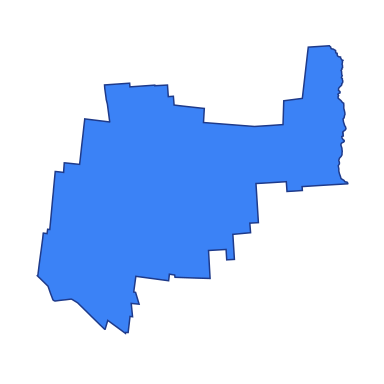 Jiménez, Santiago del Estero, Argentina, rotated 356°
{"feature_id": "61730980B84013532899060", "entity_name": "Jiménez", "entity_type": "district", "adm_level": 2, "iso_a3": "ARG", "parent_name": "Argentina", "parent_adm1": "Santiago del Estero", "projection": "orthographic", "projection_center": [-64.123, -26.917], "detail": "fine", "context": "isolated", "style": "filled", "palette": "blue", "viewbox_px": 384, "rotation_deg": 356, "n_neighbors": 0, "source": "geoboundaries", "source_scale": "gbopen_adm2", "svg_char_len": 3183}
<svg xmlns="http://www.w3.org/2000/svg" viewBox="0 0 384 384"><g transform="rotate(356 192 192)"><path d="M339.2,55.7L318.1,55.6L316.7,62.9L308.6,106.3L289.9,107.4L287.5,131.1L274.1,131.1L258.9,131.0L208.3,123.5L210.1,109.5L207.2,109.0L190.1,105.9L185.3,105.0L180.2,104.0L180.1,95.2L175.0,95.2L175.0,83.6L162.3,83.4L162.3,82.8L137.4,82.8L137.4,79.1L112.2,79.1L112.2,82.6L112.5,87.3L112.8,91.6L112.9,93.9L113.7,98.3L113.9,101.5L114.8,116.3L114.7,116.4L112.8,116.0L90.1,111.6L90.0,112.3L89.6,114.4L88.8,118.6L87.5,125.8L85.1,138.6L82.6,152.5L81.8,156.6L78.3,156.0L71.0,154.7L67.5,154.1L66.6,154.0L65.7,160.4L65.3,163.5L58.9,162.3L57.0,162.0L54.0,180.0L53.7,182.3L53.0,186.1L49.3,208.8L47.5,219.5L45.4,219.1L44.5,223.4L44.2,223.3L40.8,222.6L40.7,222.9L39.8,228.1L37.4,239.8L36.9,242.1L34.6,253.2L33.1,260.9L32.9,261.7L32.9,261.9L32.7,263.1L32.4,264.1L32.4,264.3L32.3,265.1L32.2,265.1L32.4,265.3L32.6,265.6L32.8,265.8L33.0,266.1L33.6,266.7L33.8,266.9L41.5,275.6L41.8,275.9L41.9,276.3L43.9,283.7L45.2,287.9L45.5,289.1L45.8,289.8L45.9,290.1L46.2,290.3L46.6,290.6L47.2,291.0L47.9,291.2L52.8,290.9L55.0,290.8L58.2,290.7L62.0,290.5L62.3,290.5L63.6,290.4L64.3,290.5L64.5,290.6L64.9,290.8L65.2,291.0L70.1,294.5L70.3,294.7L73.3,298.1L75.1,300.1L76.2,301.4L82.4,308.4L82.7,308.8L84.8,311.1L86.0,312.5L86.3,312.8L91.0,318.1L95.6,323.2L95.6,323.3L95.7,323.1L99.0,314.2L115.8,328.4L116.0,327.5L118.5,327.7L121.5,311.8L124.0,312.3L123.6,298.9L131.4,300.2L128.7,288.2L126.9,287.7L128.6,279.4L130.1,272.2L162.5,278.9L163.7,272.4L168.9,273.6L169.1,275.9L188.9,278.0L204.0,279.5L204.4,251.8L204.4,251.5L222.0,251.7L221.9,262.1L229.6,262.2L229.8,237.1L247.6,236.7L247.5,227.1L256.1,227.2L256.4,188.0L262.5,188.1L272.1,188.2L286.8,188.3L286.8,198.1L294.5,198.2L302.2,198.2L302.2,194.3L320.2,194.4L330.5,194.5L348.5,194.7L348.4,194.7L347.4,193.0L345.2,192.4L344.4,191.0L341.6,189.0L341.2,187.0L340.4,184.2L339.9,181.3L340.1,179.2L339.7,176.0L341.0,174.2L341.1,172.7L340.6,170.7L341.5,168.5L343.2,166.9L344.2,165.4L344.4,163.4L344.7,161.9L344.6,160.4L344.6,158.7L344.5,158.3L343.8,155.6L343.9,154.9L344.3,154.1L345.2,153.3L346.4,152.9L347.3,152.3L347.3,151.8L347.4,151.1L346.3,150.2L345.4,148.5L345.3,147.1L346.7,146.7L346.6,144.9L346.8,145.2L346.8,142.4L347.7,141.8L349.1,140.9L350.0,139.7L349.7,137.7L348.8,136.2L348.7,135.3L348.3,133.9L348.0,132.6L347.8,129.7L348.9,128.6L349.5,126.3L350.0,125.3L350.0,123.4L349.6,120.9L349.3,119.6L349.3,118.4L349.5,116.3L349.5,115.3L349.5,115.0L349.5,114.0L348.4,113.3L346.9,111.1L344.4,108.7L344.3,107.1L345.0,106.2L344.4,104.7L345.0,104.0L346.6,103.4L346.6,102.1L345.2,100.8L345.3,100.2L345.5,98.8L346.6,97.6L348.1,96.4L348.9,95.5L348.9,94.4L349.8,93.5L350.1,92.6L350.1,91.2L349.8,90.6L349.9,89.4L349.0,88.5L349.4,87.4L350.0,86.5L349.6,85.4L349.6,85.1L349.6,83.5L349.6,82.1L349.2,81.2L350.1,80.1L350.1,79.1L350.9,78.5L350.9,77.2L350.9,75.9L350.6,75.0L351.1,73.3L351.1,72.2L351.4,71.8L351.8,71.2L350.5,70.6L349.6,68.6L349.6,67.7L347.8,67.3L346.6,66.3L346.4,65.0L346.5,63.8L345.1,63.1L345.1,61.5L345.1,60.8L343.8,60.0L343.2,59.4L342.1,59.1L340.9,58.8L340.7,58.3L340.6,58.1L340.5,57.1L339.3,55.9L339.2,55.7Z" fill="#3b82f6" stroke="#1e3a8a" stroke-width="1.5"/></g></svg>